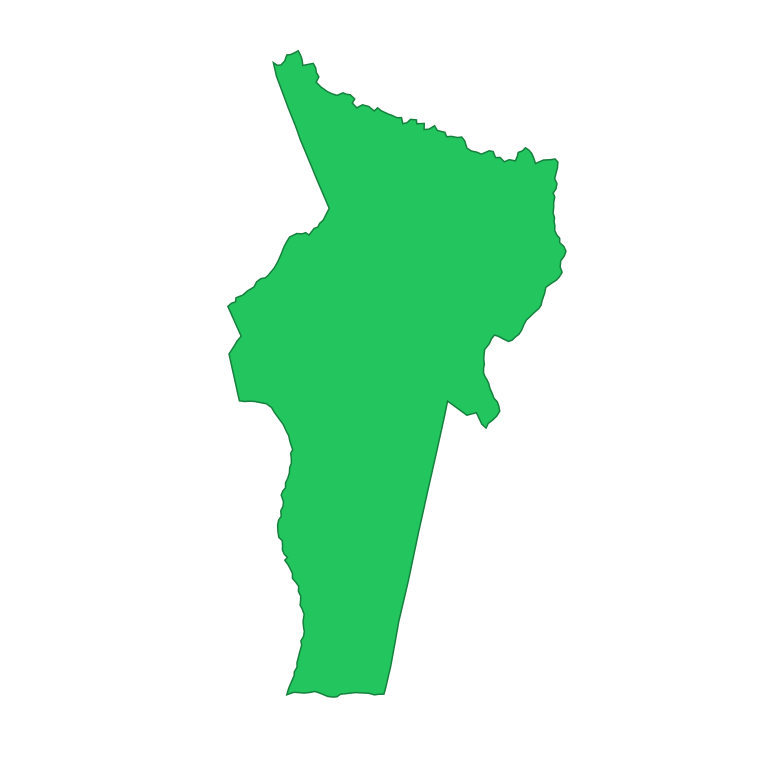 Cruzeiro do Oeste, Paraná, Brazil, rotated 187°
{"feature_id": "56859067B81511721840887", "entity_name": "Cruzeiro do Oeste", "entity_type": "district", "adm_level": 2, "iso_a3": "BRA", "parent_name": "Brazil", "parent_adm1": "Paraná", "projection": "mercator", "projection_center": [-53.086, -23.735], "detail": "fine", "context": "isolated", "style": "filled", "palette": "green", "viewbox_px": 768, "rotation_deg": 187, "n_neighbors": 0, "source": "geoboundaries", "source_scale": "gbopen_adm2", "svg_char_len": 3529}
<svg xmlns="http://www.w3.org/2000/svg" viewBox="0 0 768 768"><g transform="rotate(187 384 384)"><path d="M541.3,451.6L541.4,447.4L545.4,445.5L548.4,441.9L531.6,414.1L535.2,408.5L536.9,404.3L541.5,394.9L525.5,349.7L520.6,349.6L515.1,350.6L510.0,350.9L504.3,350.5L498.1,350.0L492.7,346.9L489.7,342.9L484.3,337.1L479.2,331.7L475.0,325.0L472.3,321.1L470.8,316.7L469.0,312.5L466.6,307.6L468.2,303.9L467.0,299.2L466.3,293.8L467.4,289.7L467.1,284.2L468.0,278.8L469.7,274.0L469.1,269.1L471.4,265.4L472.5,261.2L469.4,254.9L469.4,250.0L471.0,245.6L469.9,240.2L472.0,236.0L472.4,230.9L471.2,224.2L469.7,219.0L465.9,216.1L465.0,211.3L464.6,206.9L462.1,202.7L458.7,200.2L461.0,197.0L457.1,192.8L454.3,188.8L451.8,184.9L451.2,179.9L447.2,176.3L444.0,172.8L443.7,167.8L440.8,163.3L440.4,159.1L440.3,154.3L437.5,150.2L435.2,145.6L435.4,138.3L434.1,132.3L432.9,128.6L433.1,123.8L435.2,118.9L433.9,114.8L435.0,107.6L435.8,101.4L436.4,96.8L435.8,92.4L437.9,87.4L437.7,83.3L439.7,76.8L441.5,70.4L442.6,63.7L436.0,67.0L431.2,67.3L425.7,67.5L419.6,68.9L415.2,70.4L410.9,69.6L401.5,67.0L395.9,67.1L392.5,67.9L389.3,70.9L384.9,71.8L378.7,73.3L374.5,74.3L370.0,74.6L361.3,75.2L355.6,74.3L351.3,75.4L346.3,76.2L345.5,81.0L343.0,104.3L342.7,108.8L341.5,129.4L340.4,150.0L336.1,189.3L335.6,194.5L332.9,226.2L331.4,243.7L330.9,248.5L329.3,264.9L328.6,272.3L328.0,278.8L323.4,324.2L322.1,338.0L320.3,356.5L318.8,374.8L297.9,363.1L288.8,366.8L282.0,356.0L277.3,352.7L275.8,357.5L271.8,361.4L268.2,365.9L265.8,371.1L267.5,376.4L269.5,380.2L273.0,383.1L275.6,388.1L278.3,392.5L280.0,397.0L282.2,400.6L284.7,403.7L286.5,407.0L287.1,411.8L286.8,415.7L288.0,420.8L288.3,425.5L288.3,430.5L284.5,436.6L282.8,442.0L280.4,446.0L276.3,445.3L271.0,443.2L265.5,441.4L262.1,443.2L259.6,446.4L256.1,449.9L254.1,453.9L252.4,459.9L250.3,465.1L247.8,468.0L243.8,473.0L239.6,477.6L237.7,481.3L237.3,485.7L236.4,490.0L235.6,493.8L235.2,499.6L230.4,504.1L225.5,508.2L223.2,511.3L220.8,516.6L223.4,521.5L223.6,527.8L220.6,533.1L219.6,538.0L222.3,542.5L226.8,545.7L227.4,550.1L230.7,553.0L233.3,557.4L233.7,562.1L235.0,565.9L235.0,569.9L237.0,574.2L237.1,580.2L237.7,584.8L237.3,590.4L239.4,594.2L237.1,598.5L236.7,603.8L239.6,608.6L239.0,613.8L238.2,619.4L238.4,625.3L241.5,628.2L246.2,626.9L253.1,625.7L260.5,621.3L262.9,626.5L265.5,630.9L268.7,633.8L272.4,635.7L275.0,632.3L279.0,630.2L279.4,626.3L280.8,621.5L287.0,621.9L291.7,619.2L296.3,623.0L300.9,622.3L304.0,628.0L308.0,628.3L315.4,624.0L320.0,625.4L325.7,625.9L330.5,628.3L333.5,635.1L336.9,638.6L341.1,637.6L347.3,638.0L351.9,637.1L354.3,641.3L361.9,642.1L365.3,646.5L370.5,642.4L375.2,641.5L375.8,647.5L383.2,646.3L384.0,650.1L389.9,649.9L393.0,646.1L397.1,644.7L399.1,650.5L403.8,649.9L408.8,651.6L412.9,652.5L420.1,654.9L424.0,657.3L427.0,653.8L433.0,657.6L439.4,658.5L444.7,654.8L449.7,659.0L447.8,663.3L452.7,667.0L456.6,667.0L460.2,668.0L465.7,664.8L471.1,665.7L475.6,667.2L482.8,671.1L488.1,675.3L486.1,680.9L489.1,684.9L490.3,689.4L493.3,693.6L503.4,690.3L504.9,696.1L506.6,699.6L509.7,704.3L513.5,701.6L517.1,699.5L520.6,698.7L521.9,692.6L525.2,688.0L529.0,687.4L533.0,689.5L528.2,676.3L512.9,646.8L502.8,628.4L496.7,616.1L482.0,590.3L475.8,579.2L459.8,551.7L461.9,545.9L464.4,539.0L467.4,535.7L468.8,531.7L472.4,529.8L476.6,522.7L480.2,524.7L483.5,523.0L489.0,522.7L495.6,518.4L497.9,513.4L499.9,508.2L501.9,500.5L504.0,493.4L507.0,485.9L510.1,481.1L512.3,477.6L514.7,474.9L519.0,473.6L522.9,469.9L524.8,464.5L530.5,460.1L535.2,454.9L541.3,451.6Z" fill="#22c55e" stroke="#15803d" stroke-width="1.5"/></g></svg>